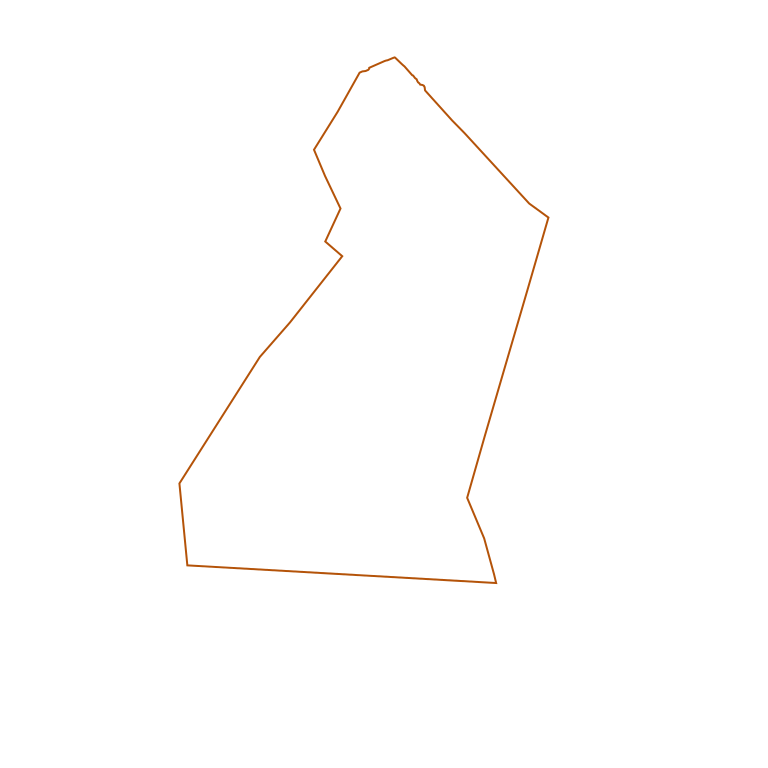 outline of Santo Tomás Mazaltepec, Oaxaca, Mexico, rotated 308°
{"feature_id": "50627088B31579433825276", "entity_name": "Santo Tomás Mazaltepec", "entity_type": "district", "adm_level": 2, "iso_a3": "MEX", "parent_name": "Mexico", "parent_adm1": "Oaxaca", "projection": "orthographic", "projection_center": [-96.882, 17.144], "detail": "fine", "context": "isolated", "style": "outline", "palette": "amber", "viewbox_px": 768, "rotation_deg": 308, "n_neighbors": 0, "source": "geoboundaries", "source_scale": "gbopen_adm2", "svg_char_len": 898}
<svg xmlns="http://www.w3.org/2000/svg" viewBox="0 0 768 768"><g transform="rotate(308 384 384)"><path d="M615.6,387.3L631.3,292.9L633.6,275.5L640.6,235.7L641.1,235.1L643.0,233.2L643.2,232.4L643.6,231.8L643.3,230.2L642.2,228.2L642.7,226.8L642.7,225.1L643.4,223.4L644.2,222.2L644.2,220.0L645.0,217.1L644.7,216.1L646.9,204.5L646.9,204.4L646.9,203.4L647.1,200.7L648.0,192.1L648.0,191.8L648.0,191.6L647.9,191.3L646.5,190.4L641.3,187.5L640.3,186.6L638.8,185.6L638.6,185.5L624.1,177.7L623.3,178.2L621.9,178.2L619.3,176.8L619.1,176.6L617.0,174.5L614.3,173.1L585.6,177.5L569.8,179.9L525.5,184.6L511.6,209.5L497.0,238.7L495.5,241.7L478.0,245.8L460.1,250.0L459.0,272.4L374.6,272.0L328.9,269.5L179.7,284.0L120.0,340.7L296.2,594.9L301.7,588.0L324.0,558.0L345.5,519.6L404.2,495.8L469.4,469.8L503.1,456.4L546.8,439.0L568.0,430.5L616.4,411.1L615.6,387.3Z" fill="none" stroke="#b45309" stroke-width="2"/></g></svg>